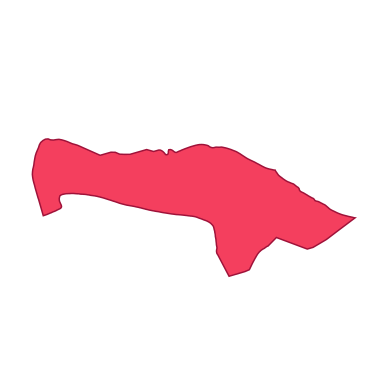 Nati', Al Bayda', Yemen (orthographic projection), rotated 254°
{"feature_id": "15242507B51557666361412", "entity_name": "Nati'", "entity_type": "district", "adm_level": 2, "iso_a3": "YEM", "parent_name": "Yemen", "parent_adm1": "Al Bayda'", "projection": "orthographic", "projection_center": [45.582, 14.537], "detail": "fine", "context": "isolated", "style": "filled", "palette": "rose", "viewbox_px": 384, "rotation_deg": 254, "n_neighbors": 0, "source": "geoboundaries", "source_scale": "gbopen_adm2", "svg_char_len": 4904}
<svg xmlns="http://www.w3.org/2000/svg" viewBox="0 0 384 384"><g transform="rotate(254 192 192)"><path d="M111.8,235.3L114.3,238.0L115.9,240.3L116.3,241.2L116.9,242.3L117.6,244.4L117.7,245.1L117.9,245.9L119.0,248.9L119.1,250.2L125.0,260.6L105.6,286.8L105.4,287.1L105.4,291.0L105.4,293.1L109.1,307.4L109.6,308.9L114.7,322.0L122.2,341.6L122.6,340.7L123.3,339.6L124.0,338.3L124.8,336.8L125.5,335.5L126.3,334.2L127.1,332.8L127.8,331.6L128.6,330.3L129.5,329.0L130.5,327.7L131.4,326.5L132.5,325.2L133.5,324.1L134.5,323.0L135.7,321.6L137.0,320.3L138.1,319.4L139.3,318.7L140.8,317.7L141.9,317.0L143.1,316.1L144.2,314.8L145.1,313.9L146.2,312.7L147.2,311.7L148.2,310.5L148.9,309.1L149.9,307.8L151.2,307.5L152.4,306.8L153.3,305.7L154.3,304.7L155.3,303.7L156.3,302.7L157.5,301.7L158.5,300.7L159.6,299.7L160.6,298.7L161.7,297.4L161.8,297.3L162.7,296.4L164.2,295.8L165.6,295.9L167.0,295.4L168.1,294.4L169.3,293.5L170.6,292.6L171.7,291.8L172.5,290.7L173.3,289.6L174.5,288.2L175.3,287.1L176.4,285.9L177.5,284.9L178.7,283.9L179.8,283.0L181.0,282.2L182.1,281.3L183.2,280.5L184.3,279.8L185.6,279.3L186.9,278.9L188.2,278.4L189.6,278.0L190.2,277.9L190.2,277.6L190.8,276.3L191.5,275.1L192.1,273.9L192.8,272.6L193.6,271.3L194.4,270.1L195.3,268.9L196.5,267.6L197.5,266.5L198.6,265.4L199.5,264.5L200.5,263.5L201.6,262.3L202.6,261.3L203.7,260.2L203.9,259.9L205.0,258.7L206.1,257.4L207.3,256.1L208.3,255.0L209.3,254.0L210.3,253.1L211.7,251.9L213.2,250.6L214.5,249.5L215.7,248.5L216.6,247.6L217.9,246.4L218.9,245.3L219.9,244.0L220.8,242.8L221.1,242.4L221.7,241.7L222.6,240.4L223.4,239.2L224.2,238.0L225.0,236.7L225.8,235.2L226.5,233.9L227.1,232.6L227.4,231.0L227.8,229.5L228.3,228.2L228.6,226.8L228.6,225.4L228.9,223.9L229.7,222.5L230.7,221.3L231.8,220.6L232.7,219.4L233.4,218.1L234.0,216.9L234.6,215.6L235.1,214.0L235.5,212.4L235.7,211.0L235.8,209.6L235.9,208.1L235.9,206.9L235.9,206.6L235.9,204.7L235.9,203.1L235.8,201.7L235.7,200.2L235.6,198.8L235.5,197.2L235.3,195.4L235.2,194.0L234.9,192.3L234.8,191.0L234.6,189.6L234.3,188.0L234.8,186.7L235.8,185.8L237.0,185.0L238.0,184.1L238.8,182.8L239.0,181.3L237.7,180.5L236.3,180.1L235.1,179.4L234.7,178.1L235.3,176.9L236.6,176.4L237.9,175.8L238.2,175.6L239.0,175.1L240.1,174.2L241.0,173.1L241.5,171.7L241.5,170.3L241.5,168.9L241.5,167.3L241.6,166.1L245.3,160.1L245.3,142.8L246.8,137.4L248.3,132.9L251.3,129.2L252.6,125.0L252.6,118.1L252.6,113.8L253.6,112.6L265.0,99.0L266.8,96.9L268.5,94.8L270.0,92.5L271.4,90.2L273.1,88.1L274.8,86.0L274.9,85.9L276.5,83.6L278.0,81.2L279.3,78.6L279.8,75.9L280.1,73.2L281.1,70.4L282.7,68.3L283.2,65.6L282.6,63.0L281.3,60.2L279.4,58.3L277.0,56.7L274.7,54.8L272.6,53.1L270.2,51.5L269.3,51.0L267.1,49.9L264.2,48.5L261.8,47.5L259.3,46.2L257.8,45.3L255.5,44.3L253.8,43.7L253.0,43.4L250.1,42.9L247.4,42.6L244.5,42.5L241.8,42.5L239.2,42.4L236.1,42.4L233.4,42.4L230.2,42.4L228.9,42.4L227.2,42.5L224.4,42.5L221.5,42.5L218.7,42.5L216.1,42.5L213.4,42.5L210.2,42.5L210.2,43.1L210.4,46.7L210.6,48.2L210.8,49.7L210.9,51.2L211.2,52.6L211.3,54.3L211.5,55.9L211.8,57.2L212.1,58.9L212.3,60.3L212.5,60.9L212.7,61.5L213.7,62.5L214.5,62.6L215.1,62.7L216.0,62.6L216.5,62.5L217.9,62.3L219.3,62.1L220.6,62.2L222.1,62.5L223.5,63.2L224.7,63.9L225.2,65.2L225.3,66.2L225.4,66.6L225.3,67.9L225.2,69.4L225.0,70.8L224.6,72.3L224.6,72.5L224.2,74.0L223.9,75.4L223.6,76.5L223.2,77.9L223.0,78.2L222.9,78.7L222.5,79.6L221.9,81.3L221.5,82.6L220.8,84.0L220.3,85.4L220.0,86.4L219.8,86.8L219.4,88.0L218.8,89.5L218.1,90.9L217.5,92.3L216.7,93.7L216.2,94.9L215.5,96.5L214.9,97.9L214.4,98.7L214.2,99.3L213.5,100.4L212.7,101.9L211.9,103.2L211.2,104.4L210.9,104.9L210.3,105.8L209.3,107.3L208.3,108.8L207.5,110.0L206.8,111.1L206.0,112.3L205.0,113.7L204.0,115.3L203.2,116.4L202.4,117.6L201.5,118.8L200.9,119.7L200.6,120.2L199.8,121.5L199.0,122.9L198.2,124.2L197.3,125.8L196.6,127.3L196.0,128.5L195.3,130.0L194.6,131.4L193.8,133.0L193.1,134.2L192.4,135.6L191.8,136.7L191.6,137.0L190.8,138.5L189.8,140.1L188.9,141.7L188.2,142.8L187.4,144.3L186.5,145.8L185.8,147.2L185.2,148.3L185.1,148.5L184.4,150.0L183.6,151.5L183.0,152.8L182.3,154.4L181.5,155.9L180.5,157.8L179.7,159.5L178.8,161.5L177.9,163.4L177.2,164.9L176.5,166.4L175.9,167.9L175.3,169.2L174.6,170.8L174.1,172.3L173.6,173.6L173.0,175.2L172.4,176.7L171.7,178.4L171.5,178.8L170.9,180.3L170.1,182.1L169.5,183.6L169.4,183.7L168.9,185.1L168.1,186.8L167.4,188.2L166.5,189.6L166.0,190.3L165.5,190.9L164.6,192.1L163.8,193.3L162.9,194.5L162.0,195.6L161.1,196.9L160.2,198.1L159.3,199.1L158.0,200.4L156.7,201.4L155.4,202.1L154.0,202.8L152.7,203.1L151.2,203.1L149.8,203.0L148.3,203.0L146.8,202.8L145.5,202.7L145.3,202.7L144.1,202.5L142.8,202.2L141.5,202.1L139.6,201.9L138.3,201.6L136.3,201.3L134.4,200.9L133.0,200.8L131.3,200.6L129.4,199.6L127.8,199.1L126.0,199.0L124.4,199.5L100.8,204.4L100.9,220.1L100.9,220.9L101.5,225.7L104.4,228.3L106.0,229.7L107.3,230.9L110.8,234.3L111.7,235.3L111.8,235.3Z" fill="#f43f5e" stroke="#9f1239" stroke-width="1.5"/></g></svg>